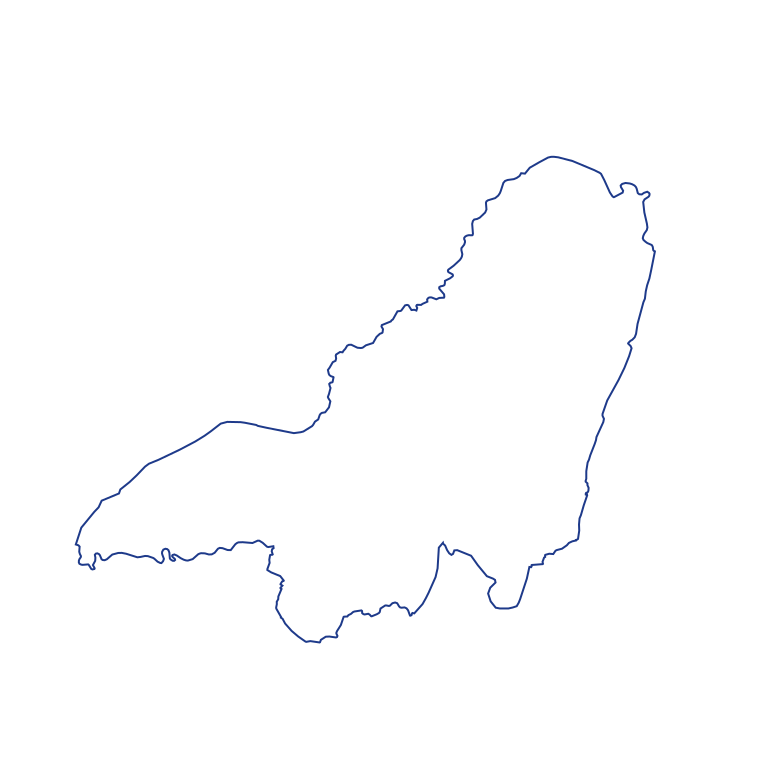 Nong Chik, Pattani, Thailand, rotated 110°
{"feature_id": "78962969B59272581561490", "entity_name": "Nong Chik", "entity_type": "district", "adm_level": 2, "iso_a3": "THA", "parent_name": "Thailand", "parent_adm1": "Pattani", "projection": "natural_earth1", "projection_center": [101.184, 6.781], "detail": "fine", "context": "isolated", "style": "outline", "palette": "blue", "viewbox_px": 768, "rotation_deg": 110, "n_neighbors": 0, "source": "geoboundaries", "source_scale": "gbopen_adm2", "svg_char_len": 6166}
<svg xmlns="http://www.w3.org/2000/svg" viewBox="0 0 768 768"><g transform="rotate(110 384 384)"><path d="M502.6,541.7L515.5,553.4L532.3,569.9L539.3,577.6L543.4,580.3L554.5,585.2L563.1,589.5L573.3,595.7L577.5,595.6L590.2,609.4L597.5,610.0L603.2,612.5L622.5,619.3L640.2,618.7L640.1,616.0L640.9,614.4L645.9,613.0L647.7,611.7L649.4,609.9L650.5,609.7L652.7,610.3L654.3,610.3L656.1,609.7L657.1,608.7L657.3,606.7L657.0,605.3L654.7,600.3L654.9,599.6L657.9,595.8L658.0,594.6L656.9,592.9L656.1,592.9L653.7,595.6L649.0,594.9L645.9,595.8L643.4,597.3L642.0,596.8L641.2,595.5L641.3,593.8L642.0,592.5L645.3,589.4L645.6,588.1L645.1,586.2L643.5,584.5L637.2,581.0L633.7,576.0L632.4,572.7L631.7,568.3L631.2,556.5L629.8,553.7L627.3,549.7L626.5,547.0L626.4,541.4L626.7,540.1L628.4,536.0L628.7,533.1L628.4,531.9L626.1,531.0L623.6,531.0L620.2,533.9L619.0,534.7L617.5,535.1L615.1,534.7L613.6,533.1L613.3,531.3L613.9,529.7L615.9,528.0L621.1,525.6L621.8,524.7L622.4,522.2L621.9,520.7L620.8,520.1L620.0,520.6L618.8,523.5L618.1,524.3L617.0,524.2L615.9,522.7L616.0,520.1L617.2,515.4L617.6,512.2L617.5,509.7L617.0,507.9L614.0,503.9L607.4,500.3L606.4,499.2L605.6,498.1L604.9,496.0L604.4,494.3L604.1,490.3L603.0,487.6L600.5,485.4L595.6,483.7L594.2,482.3L593.5,479.6L593.5,474.2L592.5,471.2L585.4,468.9L583.6,467.7L582.6,466.6L581.0,462.7L578.4,453.2L574.4,449.1L573.9,447.5L574.7,443.7L576.9,438.3L576.8,437.0L574.3,432.5L576.0,431.6L577.6,432.6L579.6,432.3L582.2,430.3L582.6,430.5L583.5,432.4L584.0,432.5L588.4,431.7L591.2,430.3L597.8,430.3L598.7,430.0L599.6,425.6L600.0,415.8L603.0,411.0L603.4,411.0L604.4,412.2L607.3,412.8L607.7,412.7L608.2,410.5L611.0,411.6L611.5,411.3L611.7,410.2L619.8,410.6L622.4,409.8L625.3,410.3L627.6,409.4L630.9,408.9L631.9,408.4L638.2,401.0L638.8,401.0L639.3,399.0L642.9,395.0L647.6,386.4L650.6,378.3L652.9,369.7L652.9,368.9L650.8,365.3L648.9,356.1L648.5,355.8L646.0,355.8L641.4,352.3L640.0,349.0L638.6,342.4L637.8,341.6L636.6,341.6L634.8,343.4L634.0,343.7L632.1,343.6L625.2,342.1L616.7,342.3L616.3,342.0L615.0,338.9L613.4,338.4L611.3,336.4L608.9,335.1L607.9,334.0L604.5,327.8L604.8,327.0L606.8,326.1L607.3,324.6L607.2,323.4L605.3,320.2L605.6,318.6L606.6,316.7L606.5,316.1L602.8,312.0L600.9,310.4L599.7,310.0L596.2,310.5L591.7,307.1L591.3,306.1L590.9,303.5L590.4,302.7L587.1,301.1L585.5,298.8L585.5,296.6L587.8,293.8L588.4,292.6L588.3,291.2L586.9,288.2L587.1,286.1L588.4,284.0L592.7,280.4L592.6,279.8L591.8,279.1L589.9,279.2L589.4,278.9L589.2,277.1L577.6,272.5L570.9,271.4L564.9,270.7L547.8,269.5L538.9,270.6L519.0,276.5L513.1,274.3L513.8,273.9L514.9,271.3L518.5,267.9L520.8,264.8L521.5,262.2L520.0,261.0L516.3,261.0L515.1,258.4L515.6,243.4L522.1,234.0L529.4,221.6L529.6,215.0L530.1,212.7L532.4,211.3L539.1,214.5L545.3,214.5L551.8,209.4L556.0,202.5L555.3,198.3L552.3,190.2L550.0,186.6L547.4,183.3L543.4,182.6L539.5,182.5L518.0,183.2L506.2,184.8L505.8,183.1L505.0,182.9L503.9,183.4L503.5,183.2L499.0,173.3L498.6,173.1L496.9,174.2L492.4,174.2L491.4,173.4L490.1,174.0L489.4,174.0L487.0,170.7L485.9,166.8L482.0,165.8L481.0,164.9L477.9,160.4L473.0,157.0L470.1,155.9L467.4,153.2L465.4,150.1L464.9,150.3L464.2,149.3L463.2,148.7L455.0,150.4L449.3,152.7L443.3,154.3L440.0,154.1L429.6,154.8L419.1,155.0L418.5,155.4L418.9,155.9L418.9,156.6L418.1,156.9L417.1,156.8L416.3,155.8L415.4,155.4L414.1,155.5L411.6,156.2L409.4,158.3L407.8,158.8L406.8,161.1L406.0,161.4L403.9,161.5L396.7,164.1L388.1,165.8L385.0,165.5L380.5,165.8L368.3,165.5L364.2,165.6L361.2,166.2L344.8,164.9L341.5,165.4L339.1,167.8L337.4,168.4L323.1,168.6L300.2,165.0L286.7,163.6L274.1,163.2L265.7,163.6L264.0,165.2L262.5,168.4L261.7,168.4L259.2,167.2L257.5,165.8L254.4,164.4L250.7,164.3L240.8,166.3L218.5,168.2L214.6,168.0L207.4,169.7L201.2,170.5L194.1,170.7L185.5,171.9L166.7,174.8L166.6,176.0L166.1,176.8L163.3,178.3L162.1,179.5L161.8,180.2L161.5,184.8L160.9,186.9L159.9,189.4L158.5,190.7L156.1,191.0L153.6,190.8L149.5,189.7L146.8,190.0L143.4,191.8L133.8,198.0L124.3,202.7L121.4,202.3L117.6,199.5L116.3,199.1L114.6,199.4L113.8,200.3L113.3,202.4L115.5,205.1L117.7,206.6L118.4,209.0L117.8,210.8L114.0,213.4L112.7,214.7L111.8,216.5L111.4,219.2L111.5,221.6L112.5,225.8L114.5,228.6L116.5,229.5L117.9,228.7L120.6,225.4L122.5,225.2L129.7,231.7L129.9,232.1L129.5,233.5L126.8,237.2L117.0,246.8L112.3,251.9L111.8,253.5L111.1,259.7L110.0,283.2L111.4,297.8L112.4,302.1L113.4,304.7L115.1,307.3L122.6,314.0L130.9,321.0L138.1,323.5L139.0,327.2L142.2,327.8L145.0,329.8L147.1,332.1L150.0,337.6L151.8,339.7L154.2,340.6L162.7,340.3L165.1,340.4L167.9,341.1L171.3,343.1L175.9,349.2L177.4,350.2L178.8,350.2L185.0,347.4L188.3,347.6L194.9,350.9L197.1,353.0L198.6,355.5L200.5,356.2L203.4,355.9L212.4,351.8L213.7,351.7L214.1,352.0L215.2,355.3L216.2,356.8L217.5,358.0L219.1,358.6L220.3,358.3L221.8,356.9L223.0,356.4L225.6,356.3L229.9,357.7L231.7,357.1L235.2,354.8L237.7,354.4L239.5,354.6L241.6,355.2L249.0,359.0L254.6,362.7L255.7,362.7L256.6,362.1L256.9,361.3L257.5,357.1L258.2,356.4L259.3,356.3L262.1,358.1L266.2,362.0L269.1,361.1L270.5,361.1L271.7,362.3L272.9,364.3L274.2,365.2L275.5,364.7L279.2,358.2L281.5,357.1L282.4,357.2L284.2,361.5L286.5,363.8L286.4,368.9L286.9,370.5L287.8,371.7L289.7,372.4L291.8,371.4L295.5,375.2L297.0,376.2L298.1,379.5L298.6,380.2L299.7,380.3L301.2,378.8L303.9,378.7L303.9,380.9L305.1,383.5L301.7,387.9L301.8,389.4L302.9,391.1L309.1,392.9L309.8,393.6L311.1,396.2L320.2,397.7L321.7,398.7L322.9,399.0L329.4,406.2L330.9,406.0L332.8,403.7L336.1,403.0L336.7,403.3L338.3,405.1L342.2,407.1L349.2,408.3L353.8,414.2L357.2,416.5L358.1,418.0L359.0,421.4L358.3,428.2L359.2,430.4L360.6,431.7L364.2,432.4L366.6,433.4L368.4,433.8L369.0,436.3L372.7,439.1L374.0,439.0L376.4,437.7L378.8,437.5L381.0,439.6L387.2,440.7L390.0,441.5L393.3,439.4L394.3,438.3L394.8,436.6L394.8,433.9L395.0,433.7L399.7,433.0L400.3,433.4L401.1,434.8L402.7,435.5L405.0,433.9L406.0,432.9L412.0,432.3L415.4,432.3L416.4,431.4L418.6,428.5L424.7,427.7L430.7,429.6L432.4,432.5L433.7,433.4L435.2,433.8L439.8,433.7L443.0,436.0L446.6,436.6L448.2,437.2L456.2,443.5L457.8,445.8L461.0,451.9L465.3,479.4L466.5,488.2L466.2,490.1L468.0,501.5L468.9,505.7L473.2,518.3L477.1,523.9L487.9,530.7L494.0,534.9L502.6,541.7Z" fill="none" stroke="#1e3a8a" stroke-width="2"/></g></svg>